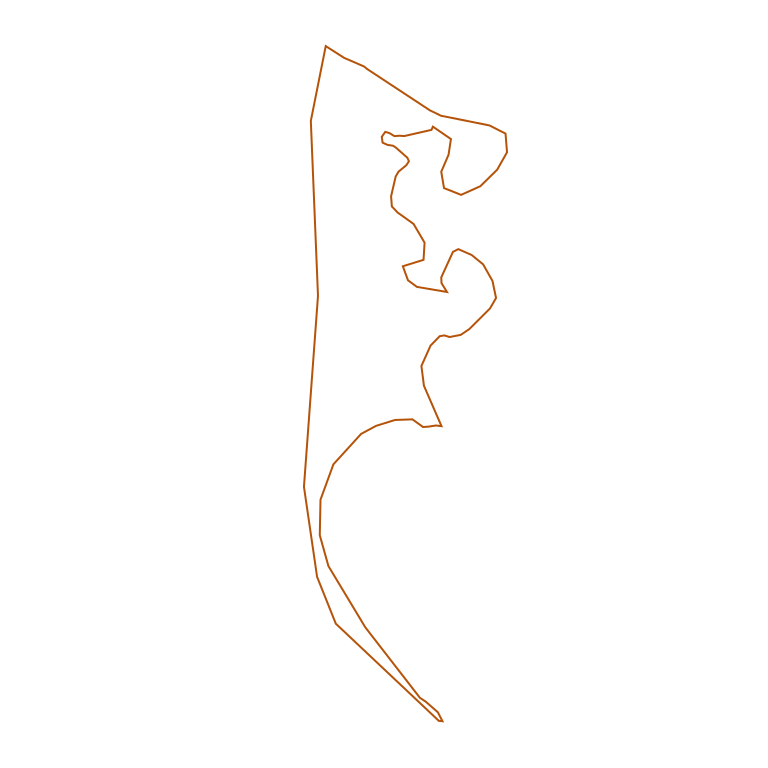 SVG path tracing the border of `Adan, rotated 287°
{"feature_id": "YEM-3510", "entity_name": "`Adan", "entity_type": "Governorate", "adm_level": 1, "iso_a3": "YEM", "parent_name": "Yemen", "parent_adm1": "", "projection": "equal_earth", "projection_center": [44.861, 12.797], "detail": "fine", "context": "isolated", "style": "outline", "palette": "amber", "viewbox_px": 768, "rotation_deg": 287, "n_neighbors": 0, "source": "natural_earth", "source_scale": "10m", "svg_char_len": 1180}
<svg xmlns="http://www.w3.org/2000/svg" viewBox="0 0 768 768"><g transform="rotate(287 384 384)"><path d="M690.1,229.5L684.2,250.6L681.8,272.2L680.3,275.7L659.1,347.9L657.2,360.1L662.1,409.3L659.0,427.0L641.6,433.9L622.1,429.6L601.3,418.3L587.4,402.4L588.9,384.1L603.7,376.7L622.1,378.7L637.8,376.4L644.4,355.5L640.9,355.1L627.1,331.0L625.9,326.1L624.1,321.4L625.5,316.0L625.5,311.5L619.7,309.6L614.4,312.1L613.7,317.4L614.5,323.1L613.6,326.1L607.2,340.2L604.3,342.7L599.8,341.4L591.3,335.8L585.8,334.5L565.6,335.9L556.1,339.6L552.0,346.8L545.7,365.5L531.0,381.5L514.3,385.5L502.1,367.6L490.2,376.6L486.5,387.1L490.4,417.3L497.3,409.5L502.7,407.6L530.5,411.3L534.7,415.6L533.0,430.1L527.4,443.8L514.3,457.6L499.0,466.0L487.3,463.3L461.4,449.5L453.4,443.0L448.1,433.0L448.1,427.5L446.0,423.3L434.4,417.3L412.2,414.5L394.0,422.7L360.5,451.3L359.5,445.8L356.1,438.7L354.3,433.9L358.5,421.5L352.8,405.0L341.6,388.6L329.6,376.7L292.4,359.1L254.8,357.1L220.6,366.8L193.6,384.1L145.8,437.3L94.4,510.1L92.5,516.6L85.8,531.5L78.6,538.5L77.9,534.7L78.4,533.9L140.7,408.0L180.0,376.4L262.3,337.5L449.0,295.1L614.2,237.1L690.1,229.5Z" fill="none" stroke="#b45309" stroke-width="2"/></g></svg>